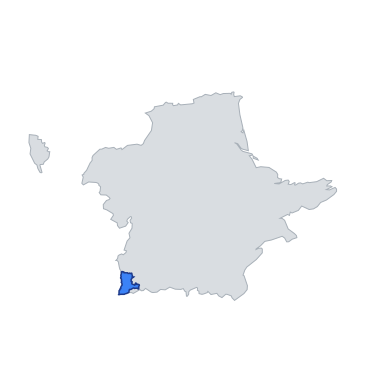 Bas-Rhin on a map of France (Natural Earth projection), rotated 157°
{"feature_id": "FRA-5273", "entity_name": "Bas-Rhin", "entity_type": "Metropolitan department", "adm_level": 1, "iso_a3": "FRA", "parent_name": "France", "parent_adm1": "", "projection": "natural_earth1", "projection_center": [7.42, 48.594], "detail": "fine", "context": "in_parent", "style": "filled", "palette": "blue", "viewbox_px": 384, "rotation_deg": 157, "n_neighbors": 0, "source": "natural_earth", "source_scale": "10m", "svg_char_len": 6117}
<svg xmlns="http://www.w3.org/2000/svg" viewBox="0 0 384 384"><g transform="rotate(157 192 192)"><path d="M288.8,158.7L286.5,159.8L285.1,162.0L283.7,162.5L281.0,162.5L279.8,161.1L276.6,162.0L275.3,163.4L277.2,165.1L270.9,172.2L267.0,174.1L266.1,178.7L261.4,182.1L259.6,185.8L259.4,186.5L260.6,187.7L260.1,190.1L257.7,191.6L257.7,193.2L258.4,193.4L262.0,192.2L263.4,190.7L262.7,188.8L266.4,186.5L272.9,187.0L273.7,190.2L272.9,192.8L277.5,198.6L273.4,201.3L273.2,203.0L277.4,208.8L280.0,211.2L278.6,215.1L274.1,217.6L271.3,217.4L270.0,218.0L270.2,219.2L272.1,222.7L277.0,225.0L277.7,227.7L276.3,228.6L274.1,232.6L275.1,234.6L274.7,235.5L275.2,236.9L276.5,238.2L283.2,241.6L289.2,241.0L290.0,243.0L286.3,248.2L286.5,250.6L284.6,250.6L284.3,251.4L280.5,253.2L274.5,258.5L271.6,260.1L270.5,262.8L268.8,264.3L260.1,267.4L258.4,266.7L254.2,266.8L251.6,264.8L246.5,263.6L244.9,260.8L240.1,260.3L239.9,258.4L233.2,260.1L223.9,257.5L220.6,254.8L217.9,255.5L215.5,258.0L205.3,264.5L201.2,271.2L201.8,279.1L204.1,282.9L197.9,282.3L194.3,283.5L193.3,285.1L184.6,283.2L181.4,284.8L180.5,284.7L179.4,283.1L175.1,281.2L175.8,279.9L175.3,278.7L171.3,277.8L169.9,278.9L168.4,276.6L157.2,273.1L155.4,273.1L154.6,276.7L147.4,276.6L146.3,276.0L141.7,276.7L136.8,273.4L131.3,274.0L128.0,270.6L124.7,270.4L120.1,268.6L118.0,267.7L117.8,266.7L116.4,268.2L114.7,267.9L114.3,267.4L115.5,265.5L115.8,263.3L110.0,261.7L108.6,260.1L108.6,259.3L111.7,258.5L114.6,255.5L117.7,244.5L120.0,231.5L121.5,229.0L123.3,228.3L122.0,226.5L120.1,228.9L121.6,217.0L124.0,208.0L128.7,211.7L129.8,213.3L131.0,218.6L133.6,220.8L132.0,218.7L130.4,211.6L129.4,209.6L121.9,203.7L121.7,202.3L125.1,203.0L123.9,198.6L123.4,189.3L118.8,188.4L111.5,184.5L106.6,177.4L106.2,174.7L107.6,171.9L106.5,170.2L104.4,168.9L106.2,166.5L107.7,166.3L113.0,167.7L108.7,165.4L101.6,166.2L98.8,165.4L98.4,163.7L100.4,161.6L98.1,160.2L94.0,160.6L93.5,160.0L94.8,158.5L93.8,157.9L90.5,158.5L88.6,158.0L86.9,156.2L81.6,155.8L80.4,154.8L73.2,152.8L65.5,153.2L63.5,149.7L58.9,148.0L59.9,146.9L64.6,145.9L65.6,144.9L62.2,143.5L61.1,142.1L67.4,141.7L64.6,140.2L58.5,140.3L57.8,138.2L58.7,136.1L62.4,134.2L71.3,132.1L77.7,132.1L82.3,129.6L86.8,129.0L91.0,130.1L96.5,136.2L101.3,133.5L108.1,133.6L109.4,135.1L111.4,132.4L112.8,134.0L121.2,133.4L119.3,132.4L117.8,129.8L117.9,120.4L113.9,113.6L112.9,111.1L113.3,109.0L118.2,109.4L122.4,108.4L124.3,109.1L124.7,113.4L126.3,116.0L137.7,116.8L144.3,118.1L150.0,115.7L155.2,114.6L155.6,114.0L152.6,114.2L149.9,113.1L149.6,112.0L151.1,108.5L159.2,104.7L170.9,101.5L174.0,99.4L177.5,95.5L176.8,94.6L177.6,84.1L179.4,80.6L183.9,78.2L195.2,75.6L196.5,79.0L196.4,80.9L199.3,83.8L200.8,84.7L205.7,83.1L208.0,85.9L208.7,89.0L214.6,90.2L216.2,94.3L217.3,93.4L221.1,93.6L222.8,93.9L225.2,95.7L224.4,98.1L225.5,99.3L224.4,101.5L225.1,102.4L231.9,102.4L234.0,101.4L235.0,99.2L237.0,97.9L237.8,98.3L236.5,102.5L237.4,103.5L237.8,106.5L240.4,106.7L245.4,109.1L249.6,113.1L254.9,112.4L259.0,114.6L263.3,113.5L267.3,114.7L268.7,115.8L272.4,121.4L275.3,120.3L277.3,120.9L278.0,122.5L285.7,121.6L287.1,123.1L288.6,123.7L298.4,125.8L298.5,127.9L292.9,133.8L290.4,142.3L288.8,145.2L288.2,147.4L288.6,148.9L288.3,151.2L287.1,156.7L287.8,158.3L288.8,158.7ZM324.7,273.9L324.2,277.4L325.6,280.0L326.2,290.3L323.3,295.2L322.8,301.2L319.3,308.4L313.6,305.2L311.9,303.4L313.4,300.7L310.2,299.2L310.9,296.6L310.6,295.2L308.3,295.1L308.1,294.4L309.8,292.4L309.8,291.1L307.6,289.5L307.2,288.1L309.3,286.5L308.3,285.1L307.2,284.7L310.0,280.1L311.9,278.7L316.3,277.4L318.1,275.6L321.0,276.6L321.5,276.1L322.4,268.7L323.4,268.6L324.3,269.6L324.7,273.9ZM122.4,199.1L121.7,201.2L118.9,197.6L118.6,195.6L122.4,199.1Z" fill="#d9dde1" stroke="#a8b0b8" stroke-width="1"/><path d="M289.3,124.3L289.6,124.3L289.8,124.2L290.0,124.2L290.6,124.3L290.8,124.3L291.0,124.3L291.5,124.1L293.2,124.4L294.3,124.3L294.6,124.4L297.6,125.7L299.4,126.0L299.6,126.2L299.2,126.5L298.6,127.5L297.8,129.4L297.6,129.7L297.5,129.8L296.8,130.1L296.6,130.1L296.5,130.3L296.4,130.4L296.4,130.6L296.3,130.8L296.2,130.8L295.5,130.9L295.3,130.9L295.2,131.2L295.2,131.6L295.1,131.8L294.9,132.0L294.7,132.2L294.5,132.3L294.0,132.9L293.7,133.1L293.4,133.2L293.1,133.3L292.4,134.3L292.2,135.1L292.2,135.9L292.4,136.4L292.4,136.6L292.0,136.9L291.7,137.1L291.6,137.3L291.6,137.8L291.5,138.0L291.4,138.2L291.3,138.4L291.2,138.7L291.0,139.3L291.0,139.6L291.1,139.9L291.2,140.2L291.3,140.5L291.3,140.8L291.0,141.2L290.7,141.3L290.4,141.5L290.2,142.0L290.2,142.5L290.1,142.9L289.9,143.3L288.7,144.7L288.6,145.0L288.5,145.3L288.5,145.5L288.3,145.7L288.2,145.9L288.1,146.1L287.4,146.0L287.1,145.9L286.9,145.4L286.6,145.3L286.3,145.3L286.0,145.1L286.0,144.8L286.1,144.5L286.1,144.2L282.9,142.8L282.7,142.0L282.2,141.8L281.1,141.7L281.0,141.3L280.8,141.1L280.5,141.0L279.9,141.1L279.6,141.0L279.4,140.9L279.3,140.7L279.2,140.6L279.3,140.3L279.4,140.0L279.5,139.7L279.5,139.4L279.6,138.3L279.6,137.4L279.8,137.3L279.9,137.1L280.0,137.1L279.9,136.9L278.9,136.5L279.1,136.4L280.9,136.3L281.0,136.2L281.1,135.9L282.0,135.4L282.3,135.1L282.4,134.7L282.6,134.2L282.8,133.6L282.9,133.4L282.8,133.2L282.6,133.1L282.4,133.1L282.2,132.8L282.2,132.7L282.3,132.4L282.7,132.1L283.1,131.3L283.2,131.2L283.2,130.9L283.0,130.6L282.9,130.5L281.9,129.5L281.7,129.4L281.4,129.3L281.3,129.2L281.3,128.8L281.2,128.7L280.9,128.7L280.8,128.8L280.8,129.0L280.7,129.3L280.3,129.5L280.2,129.5L279.8,130.0L279.7,130.1L279.3,130.2L279.2,130.1L279.0,129.7L278.9,129.5L278.7,129.3L278.7,129.2L278.8,129.0L279.1,128.7L278.6,128.4L277.6,128.0L277.3,127.8L277.2,127.7L276.9,127.4L276.9,127.1L276.9,126.8L277.0,126.7L277.3,126.3L278.0,125.8L278.1,125.7L278.1,125.4L278.1,125.2L278.3,124.9L278.7,124.5L278.8,124.3L278.8,124.2L278.7,123.9L278.9,123.6L279.1,123.6L279.4,123.7L279.5,123.8L279.6,124.0L279.8,124.7L279.8,124.8L280.0,124.9L280.2,125.0L280.9,125.2L281.7,125.5L282.4,125.7L282.6,125.7L282.7,125.8L282.8,126.0L282.9,126.3L283.0,126.4L283.6,126.5L284.2,126.5L286.2,126.2L286.4,126.2L286.6,126.2L286.8,126.3L287.3,126.6L287.6,126.7L287.8,126.6L288.1,126.3L288.2,126.1L288.7,125.3L289.3,124.3Z" fill="#3b82f6" stroke="#1e3a8a" stroke-width="1.5"/></g></svg>